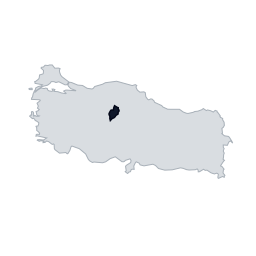 Kinkkale highlighted on a map of Turkey, rotated 13°
{"feature_id": "TUR-3019", "entity_name": "Kinkkale", "entity_type": "Province", "adm_level": 1, "iso_a3": "TUR", "parent_name": "Turkey", "parent_adm1": "", "projection": "mercator", "projection_center": [33.764, 39.803], "detail": "fine", "context": "in_parent", "style": "filled", "palette": "ink", "viewbox_px": 256, "rotation_deg": 13, "n_neighbors": 0, "source": "natural_earth", "source_scale": "10m", "svg_char_len": 4060}
<svg xmlns="http://www.w3.org/2000/svg" viewBox="0 0 256 256"><g transform="rotate(13 128 128)"><path d="M197.0,92.1L200.4,93.4L201.5,92.5L204.7,92.6L207.5,93.3L209.0,91.2L211.0,91.5L211.4,92.5L212.3,92.9L215.2,95.5L214.9,95.8L215.6,96.8L218.1,97.4L218.4,98.8L220.3,100.7L221.3,103.8L220.7,105.9L219.6,107.2L221.2,111.8L220.7,112.4L223.7,113.9L227.6,113.6L228.8,114.2L232.4,117.8L233.4,119.2L230.8,117.5L229.4,119.0L228.7,122.5L224.6,123.1L225.2,125.4L226.3,126.4L226.0,128.5L226.2,129.4L227.4,130.8L227.2,132.7L227.6,134.7L227.7,137.1L229.3,137.8L228.6,138.9L226.7,143.8L226.8,144.2L228.1,144.3L230.9,146.5L230.4,147.3L230.7,150.4L233.1,152.4L232.7,153.4L232.8,154.4L231.0,154.0L227.5,156.7L227.1,156.6L226.6,155.7L226.5,152.9L225.6,152.2L224.5,152.1L222.6,153.3L220.8,153.2L219.0,153.0L214.4,151.3L212.7,151.9L210.9,151.2L207.4,154.6L206.3,154.9L205.8,153.2L204.6,152.3L203.0,153.5L197.0,155.2L194.3,155.4L190.9,154.9L188.1,155.0L180.5,158.8L173.3,160.8L166.8,160.6L163.2,158.3L160.4,157.7L152.1,161.3L148.1,161.2L146.7,159.7L143.6,159.1L142.9,160.5L142.2,163.8L143.3,166.9L141.6,167.1L140.5,167.7L140.2,170.0L138.6,170.9L138.0,172.3L137.7,172.4L135.1,171.2L135.9,170.1L134.2,165.8L135.0,164.5L138.4,161.1L138.3,159.0L136.9,157.6L132.6,160.2L132.2,161.2L131.2,161.9L129.7,162.2L122.1,158.9L117.6,161.8L113.8,166.0L111.0,167.6L102.5,168.8L101.1,169.6L98.2,168.7L96.5,167.6L92.6,162.8L85.2,159.1L77.4,158.2L76.7,159.2L76.4,162.9L75.2,166.4L74.6,166.8L72.9,165.9L66.9,167.9L61.8,165.6L60.9,164.7L59.7,160.6L59.0,160.3L58.2,160.9L57.3,160.8L53.6,159.1L51.6,159.0L50.4,160.7L48.5,161.4L48.4,160.9L49.2,159.8L46.1,160.0L44.5,160.9L42.3,160.3L42.4,159.9L44.2,159.3L48.4,158.7L51.0,156.0L41.1,156.1L40.2,156.7L40.0,155.3L40.6,154.6L43.2,154.1L43.0,152.9L41.4,151.7L39.7,151.0L38.9,148.0L38.0,147.3L38.1,146.9L39.8,146.3L40.1,144.2L39.8,142.8L36.7,141.6L36.0,141.7L35.2,140.6L33.8,139.7L32.7,140.4L29.5,138.6L30.1,137.3L30.9,137.4L31.0,136.3L30.4,134.6L30.4,133.8L31.1,133.5L31.9,133.7L32.7,134.7L32.8,136.6L33.7,137.8L34.3,136.6L35.8,137.3L38.4,136.7L38.9,136.2L37.0,136.2L36.3,135.8L34.7,132.6L36.3,131.6L37.4,130.0L35.3,129.0L35.7,126.8L33.8,124.3L36.3,121.1L36.2,120.6L35.4,120.4L27.5,121.8L27.4,120.4L28.0,119.1L27.9,116.0L28.3,114.3L29.7,113.8L31.5,111.3L34.4,108.4L37.4,108.5L38.6,107.7L40.4,107.6L40.9,108.8L42.5,109.6L45.3,109.5L46.6,108.7L45.3,107.2L46.9,106.8L48.2,107.1L47.5,108.7L47.9,108.9L51.5,108.4L55.2,108.8L59.4,108.6L59.9,108.1L57.0,106.5L58.8,105.1L59.9,104.8L68.6,103.5L68.6,103.2L63.3,102.5L60.5,100.6L59.8,99.6L60.3,97.1L60.9,96.5L62.8,96.4L69.4,97.5L74.1,96.8L79.2,98.5L84.1,98.1L85.1,97.4L86.3,95.0L93.3,91.1L95.7,89.0L106.4,85.0L122.6,85.7L125.4,84.1L127.0,84.6L126.6,85.7L126.7,86.6L128.6,89.0L131.5,90.4L135.4,89.2L136.9,89.7L138.3,93.5L140.8,95.7L141.9,95.9L143.5,94.6L144.9,94.4L147.2,95.7L148.1,97.0L155.8,98.6L157.3,99.7L162.5,100.8L174.0,98.2L178.2,100.0L181.8,100.5L183.3,100.3L187.9,98.1L189.4,96.9L192.3,95.9L195.9,93.5L197.0,92.1ZM48.5,85.5L48.2,87.2L48.8,89.0L50.5,91.6L52.1,92.9L59.9,96.4L58.8,99.6L56.9,100.1L50.2,98.5L47.5,99.9L45.5,99.5L42.8,100.1L42.0,102.0L40.1,104.3L34.8,107.0L29.9,112.4L28.5,113.1L29.1,111.3L29.1,109.7L31.2,107.8L34.2,106.3L35.0,105.1L27.4,105.4L26.7,103.7L27.5,103.4L29.9,100.4L30.2,99.2L29.9,96.2L32.9,94.5L33.2,93.8L32.7,90.9L29.8,89.2L29.9,88.4L31.9,87.6L33.1,85.5L36.0,85.1L37.4,84.2L40.0,83.6L43.2,86.2L47.0,85.2L48.5,85.5ZM26.0,112.2L23.4,112.7L22.6,112.2L23.4,111.4L25.4,110.8L26.0,111.6L26.0,112.2Z" fill="#d9dde1" stroke="#a8b0b8" stroke-width="1"/><path d="M109.1,124.7L108.2,122.9L107.8,120.9L107.5,120.4L106.6,119.3L106.3,118.1L106.6,116.9L106.9,115.7L107.4,114.5L108.2,114.1L109.5,113.9L109.7,113.1L109.6,112.3L109.6,111.3L109.7,110.5L109.9,109.3L112.9,110.3L113.9,110.4L114.0,111.0L114.5,112.1L114.8,112.4L115.0,112.4L115.2,112.6L115.3,112.8L115.3,113.0L115.4,113.4L115.4,113.8L115.2,114.2L114.9,114.8L114.9,115.5L115.0,115.8L115.1,116.1L115.0,116.4L115.1,116.7L113.4,118.4L112.9,119.9L112.1,121.1L110.3,122.5L109.1,124.7Z" fill="#0f172a" stroke="#020617" stroke-width="1.5"/></g></svg>